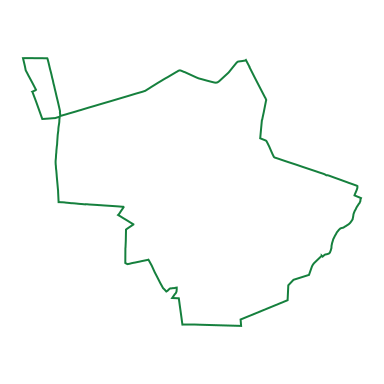 outline of 23 August, Constanta, Romania
{"feature_id": "2599482B30382262964220", "entity_name": "23 August", "entity_type": "district", "adm_level": 2, "iso_a3": "ROU", "parent_name": "Romania", "parent_adm1": "Constanta", "projection": "albers", "projection_center": [28.545, 43.923], "detail": "fine", "context": "isolated", "style": "outline", "palette": "green", "viewbox_px": 384, "rotation_deg": 0, "n_neighbors": 0, "source": "geoboundaries", "source_scale": "gbopen_adm2", "svg_char_len": 5481}
<svg xmlns="http://www.w3.org/2000/svg" viewBox="0 0 384 384"><path d="M246.1,60.4L245.9,60.0L245.5,60.3L245.0,60.6L244.2,60.7L241.8,61.1L239.3,61.4L238.0,61.6L237.1,62.2L236.5,62.8L236.4,62.9L234.6,65.1L232.8,67.3L228.8,72.3L227.9,73.2L224.4,76.4L219.3,81.1L218.5,81.7L217.9,82.1L217.3,82.4L216.8,82.5L216.7,82.6L216.2,82.6L215.5,82.7L215.0,82.6L214.3,82.5L211.4,81.8L206.8,80.6L202.5,79.4L201.0,79.0L198.7,78.4L196.5,77.5L184.5,72.0L183.9,71.9L181.9,71.0L180.9,70.6L180.1,70.4L179.5,70.4L178.9,70.6L178.3,70.8L177.5,71.4L176.5,71.9L170.6,75.4L167.4,77.3L165.7,78.2L162.8,79.9L161.7,80.6L158.0,82.8L154.0,85.3L151.4,86.9L149.1,88.4L147.8,89.2L145.9,90.4L145.1,90.9L144.6,91.0L143.8,91.3L142.3,91.8L135.6,93.7L128.4,95.9L118.6,98.8L109.9,101.4L105.4,102.7L99.6,104.4L93.9,106.1L88.7,107.6L81.8,109.7L81.6,109.8L78.7,110.6L75.8,111.5L72.7,112.4L70.6,113.0L68.5,113.6L65.9,114.4L63.3,115.1L61.7,115.6L60.1,116.0L60.1,115.8L60.2,114.0L59.9,113.0L59.9,112.7L60.0,112.4L60.0,111.8L60.0,111.1L58.9,106.2L57.8,101.4L56.6,96.5L55.5,91.7L54.8,88.9L54.2,86.1L53.5,83.5L52.9,80.5L52.1,77.5L51.5,74.7L50.8,71.9L50.0,68.9L49.3,65.9L48.5,62.5L47.6,59.1L47.3,58.3L41.3,58.2L35.5,58.2L29.3,58.1L26.6,58.1L23.9,58.1L23.3,58.2L23.0,58.2L24.2,63.2L25.0,66.7L25.7,70.3L25.9,70.7L27.3,73.3L28.6,75.9L28.7,76.0L32.4,82.9L35.9,89.6L36.0,89.8L35.9,89.9L35.6,90.2L32.3,91.7L32.4,91.8L34.0,96.1L35.0,98.7L36.3,102.2L39.3,110.6L42.3,119.0L43.7,118.9L45.4,118.8L46.5,118.7L48.1,118.6L49.2,118.5L50.8,118.4L51.7,118.3L53.3,118.2L54.1,118.1L55.1,118.1L55.8,117.9L57.3,117.4L59.4,116.8L59.5,116.8L59.7,117.0L59.4,119.6L59.3,121.9L59.1,123.5L58.8,125.4L58.5,127.3L58.5,127.7L58.4,128.2L58.3,130.4L58.3,130.5L58.0,132.7L57.7,135.0L57.2,142.2L57.2,142.4L57.1,144.3L56.8,146.5L56.6,148.6L56.4,150.6L56.3,152.7L56.1,154.3L56.0,156.0L55.9,157.9L55.7,159.9L55.6,161.2L55.6,162.4L55.6,162.7L55.7,164.6L55.9,166.2L55.9,166.9L56.0,168.2L56.1,169.3L56.3,170.6L56.4,171.8L56.6,174.2L56.8,176.9L57.3,182.3L57.4,183.4L57.5,184.5L57.7,186.8L57.8,187.9L57.9,189.0L58.1,190.9L58.1,191.8L58.6,202.1L58.8,202.1L60.5,202.2L62.9,202.3L64.5,202.4L65.6,202.6L66.7,202.7L69.8,203.0L70.3,203.1L71.4,203.2L72.2,203.2L73.7,203.3L75.1,203.4L75.7,203.5L77.1,203.6L77.5,203.7L79.7,203.9L82.4,204.1L85.4,204.4L85.6,204.2L87.4,204.3L89.4,204.5L97.8,205.0L98.6,205.1L100.7,205.2L101.9,205.3L104.7,205.5L110.9,205.9L115.2,206.2L115.3,206.2L116.7,206.3L118.2,206.4L120.5,206.6L123.4,206.8L123.6,207.2L123.2,207.8L123.1,208.0L122.0,209.6L120.4,211.9L120.1,212.5L119.9,212.8L119.5,213.3L119.4,213.5L118.8,214.3L118.1,215.0L120.5,216.4L123.0,218.0L125.2,219.3L128.0,221.0L129.4,221.9L130.7,222.7L133.4,224.3L133.4,224.5L129.5,227.1L126.7,229.0L126.0,229.6L126.0,230.2L125.9,235.5L125.8,240.3L125.8,240.6L125.5,247.6L125.4,248.0L125.3,263.0L125.5,263.1L125.9,263.3L126.1,263.5L126.6,263.7L127.0,263.9L127.3,264.1L127.7,264.1L129.3,263.8L130.2,263.6L131.6,263.2L134.0,262.7L134.3,262.7L138.1,261.9L140.1,261.5L141.3,261.2L148.2,259.8L148.4,259.7L148.7,260.1L151.6,265.4L151.9,266.0L154.6,272.0L157.3,277.2L160.4,283.3L161.3,284.9L163.1,288.2L163.8,288.8L164.9,289.9L166.3,291.5L167.5,290.8L168.5,289.8L169.1,289.2L170.2,288.4L171.4,288.4L173.0,288.1L174.4,288.1L175.4,287.8L176.7,287.6L176.7,289.5L176.5,291.6L175.7,293.3L174.8,294.2L172.6,297.4L172.2,298.0L178.8,298.3L179.4,302.6L179.6,304.2L180.4,309.9L181.4,317.1L182.4,324.6L184.7,324.5L186.1,324.5L187.3,324.5L188.5,324.5L189.1,324.5L190.8,324.5L194.4,324.5L196.0,324.6L196.8,324.6L197.3,324.6L197.6,324.7L198.1,324.7L198.3,324.7L198.5,324.7L198.9,324.7L199.1,324.7L216.1,325.2L241.1,325.9L240.6,319.5L271.3,306.9L287.6,300.2L288.3,285.3L293.5,279.8L309.0,274.9L312.0,266.3L313.0,264.5L314.1,263.1L321.7,255.8L321.7,255.7L322.3,256.3L322.6,256.6L323.4,255.9L324.2,255.2L325.0,254.6L325.8,254.4L326.6,254.3L327.6,254.0L328.8,253.6L329.7,252.8L330.0,252.4L330.2,251.7L330.7,250.6L331.1,249.1L331.2,248.7L331.4,248.2L331.5,246.5L331.5,246.2L331.6,245.4L331.8,244.6L332.0,243.4L332.4,242.1L332.8,240.8L333.1,239.7L333.2,239.3L333.6,238.5L333.7,238.4L333.9,237.9L334.2,237.3L335.0,235.7L336.3,233.5L336.5,233.0L336.9,232.3L337.9,231.1L338.9,229.8L339.6,229.2L340.3,228.5L341.3,228.1L342.1,227.9L342.9,227.8L343.9,227.3L344.9,226.6L345.8,226.1L346.0,226.0L347.0,225.3L348.3,224.5L349.2,223.8L350.2,222.8L351.1,221.6L351.8,220.6L352.5,219.5L352.6,219.4L352.7,218.6L353.0,217.6L353.1,216.7L353.3,215.9L353.3,215.5L353.5,214.2L353.9,213.0L354.7,211.0L355.0,210.5L355.8,209.1L356.4,207.7L357.1,206.5L358.0,205.2L358.5,204.3L358.9,203.8L359.4,203.3L359.6,202.8L360.0,201.9L360.2,201.5L360.4,200.9L360.4,200.3L360.5,199.4L360.7,198.9L360.8,198.6L361.0,198.1L354.5,195.4L354.6,195.0L354.7,194.7L356.1,191.4L356.8,189.7L357.3,188.1L357.4,187.4L357.4,186.1L356.8,185.7L350.1,183.3L349.4,183.1L346.8,182.1L342.9,180.7L340.8,179.9L340.7,179.9L339.1,179.3L334.6,177.7L328.9,175.6L327.4,175.2L326.5,175.3L326.4,175.3L324.5,174.2L324.2,174.1L323.4,173.8L321.0,173.0L320.9,173.0L318.5,172.2L316.2,171.4L308.7,168.9L303.0,167.0L300.1,166.0L298.1,165.3L295.1,164.3L292.3,163.4L288.0,162.0L284.7,160.9L280.9,159.6L278.3,158.7L274.6,157.5L274.2,157.2L273.8,156.8L273.5,156.1L272.6,154.3L271.0,150.7L269.2,146.5L267.0,142.1L266.3,140.9L265.7,140.5L260.2,138.3L260.4,136.2L260.9,130.7L261.9,120.1L262.2,119.6L262.8,116.6L263.7,112.5L264.9,106.4L266.0,100.8L266.2,100.2L266.2,99.9L265.4,98.0L265.0,97.4L262.3,92.2L254.4,76.9L249.4,67.0L249.5,66.8L249.1,66.1L246.1,60.4Z" fill="none" stroke="#15803d" stroke-width="2"/></svg>